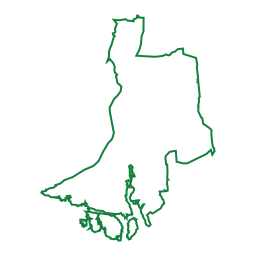 outline of Flekkefjord nor, Vest-Agder, Norway
{"feature_id": "86288312B20196044889227", "entity_name": "Flekkefjord nor", "entity_type": "district", "adm_level": 2, "iso_a3": "NOR", "parent_name": "Norway", "parent_adm1": "Vest-Agder", "projection": "albers", "projection_center": [6.638, 58.382], "detail": "fine", "context": "isolated", "style": "outline", "palette": "green", "viewbox_px": 256, "rotation_deg": 0, "n_neighbors": 0, "source": "geoboundaries", "source_scale": "gbopen_adm2", "svg_char_len": 5900}
<svg xmlns="http://www.w3.org/2000/svg" viewBox="0 0 256 256"><path d="M182.9,48.6L177.7,49.2L174.9,51.6L171.7,52.6L170.3,54.6L168.4,55.4L166.1,54.4L162.4,56.0L154.9,56.8L136.3,55.7L138.8,51.0L140.2,47.1L141.0,43.3L141.6,36.3L143.5,31.1L143.6,17.8L139.0,17.5L138.4,16.0L137.4,15.4L136.9,16.2L137.3,17.3L136.4,18.3L133.6,19.4L133.7,21.2L127.4,20.5L125.6,19.2L118.8,20.3L113.8,19.8L116.9,23.7L115.0,28.6L115.4,31.9L114.1,33.3L112.9,33.3L113.2,35.0L114.7,36.0L113.9,36.8L111.6,44.5L109.0,51.2L108.9,56.8L107.3,61.4L109.9,59.1L113.5,63.5L114.8,67.2L114.4,69.3L114.8,72.5L117.2,74.8L116.1,75.9L115.9,76.9L116.4,77.7L117.4,82.9L121.3,86.4L120.7,91.1L117.7,95.4L114.2,98.8L109.6,107.6L109.9,112.0L113.9,133.2L112.4,138.0L111.4,139.9L108.3,142.9L103.5,151.0L98.5,161.3L93.1,166.1L84.5,169.7L72.7,177.1L64.5,180.1L60.2,183.6L55.8,185.0L56.1,185.4L55.9,186.2L54.8,186.3L54.1,187.5L49.0,188.5L46.6,190.0L46.0,189.6L45.6,191.1L42.0,191.5L41.4,192.7L42.1,193.3L43.0,192.5L42.6,193.4L45.3,195.4L48.4,195.4L51.0,197.3L57.1,197.1L56.2,197.7L59.2,198.1L59.3,197.6L58.2,197.0L59.1,196.3L59.8,198.0L59.5,198.3L60.5,198.5L61.1,199.2L60.4,199.9L61.7,200.9L63.9,199.8L65.2,200.9L65.8,200.4L65.5,198.2L66.8,198.1L66.6,196.2L70.1,195.7L70.8,197.3L70.1,197.8L70.7,197.8L68.7,198.0L69.0,198.6L68.1,198.5L68.2,199.3L69.1,201.1L70.5,201.3L70.5,202.3L71.7,204.5L77.1,205.1L77.1,205.9L77.9,206.3L80.2,204.9L81.6,205.7L82.3,204.8L82.2,203.9L83.6,203.8L84.7,205.0L85.3,201.9L85.7,202.7L85.4,203.0L86.8,203.9L86.2,204.3L86.2,205.6L85.9,205.9L88.0,206.5L88.4,207.4L87.7,208.6L88.1,209.2L89.8,209.5L88.8,208.9L89.7,208.0L94.1,209.1L95.7,210.3L103.1,211.1L105.7,212.9L115.7,214.1L118.8,214.0L121.0,213.0L121.9,214.7L123.0,214.7L123.0,215.6L123.8,215.6L125.1,217.1L125.1,218.0L126.0,217.2L126.6,218.1L126.6,216.9L127.2,216.5L126.8,214.3L127.2,214.3L127.7,215.8L128.2,215.3L127.8,215.0L129.3,215.2L131.6,213.8L132.0,214.7L132.5,213.9L131.3,210.7L131.2,209.3L129.7,206.7L129.9,205.8L129.3,204.1L126.2,200.2L126.7,199.4L125.5,196.3L125.6,195.2L126.5,195.3L126.6,189.7L127.1,189.4L127.3,187.0L129.2,187.2L126.7,184.5L127.5,183.8L126.0,181.2L128.5,180.1L129.1,181.4L130.3,181.6L131.3,179.8L131.2,178.9L130.5,178.5L130.4,176.7L129.8,176.1L129.7,168.7L129.0,166.3L130.5,165.2L131.5,165.6L132.2,166.8L131.7,167.2L132.6,167.9L131.6,168.6L131.5,169.5L132.5,170.9L131.3,172.3L133.3,173.3L133.0,174.1L133.9,174.5L134.7,176.3L134.1,176.7L132.0,174.8L130.7,175.7L131.9,177.5L131.3,178.6L131.6,179.8L130.7,181.7L131.0,182.0L129.7,185.4L131.1,185.6L132.0,187.4L133.1,187.4L134.2,189.1L133.4,191.8L131.0,194.1L131.2,194.9L130.0,196.9L129.8,197.6L130.5,200.1L131.0,201.0L133.7,201.0L133.2,201.3L133.4,203.5L135.3,203.9L135.8,203.5L135.8,200.5L138.9,200.3L137.4,203.3L137.5,204.1L138.9,204.8L139.0,206.7L140.2,208.2L141.5,207.7L142.0,205.7L143.0,205.2L143.1,204.4L144.0,204.4L140.7,209.6L141.2,212.8L143.2,216.0L142.9,216.4L143.2,217.4L145.4,220.6L145.3,222.0L146.1,224.6L148.8,226.3L150.0,225.5L150.6,224.6L149.0,221.0L148.0,216.8L147.0,215.0L150.4,212.1L152.2,213.5L153.1,213.2L160.7,208.3L162.7,204.6L164.2,203.6L163.3,199.7L162.1,198.7L161.3,196.3L159.7,194.8L160.3,193.4L159.6,191.5L164.8,191.3L164.7,190.3L166.3,191.1L167.7,190.7L167.6,185.9L166.9,184.5L167.4,179.1L167.9,179.2L167.2,178.3L167.5,173.1L167.2,164.5L166.2,164.5L165.4,158.1L165.8,155.9L169.7,151.8L175.8,150.8L176.6,161.7L183.1,163.4L187.3,163.3L206.4,154.0L210.9,149.8L212.3,154.6L214.6,151.0L214.1,149.9L214.3,148.4L213.1,147.3L212.2,143.3L211.3,133.6L211.6,130.4L210.3,128.7L203.2,123.7L202.3,118.1L201.2,117.6L198.2,111.0L198.5,106.4L198.1,106.3L199.0,101.5L198.8,98.0L199.8,96.7L198.2,81.2L197.6,81.4L198.2,80.0L197.5,79.5L198.1,78.4L196.8,67.1L197.3,64.5L196.0,57.9L183.4,54.0L182.9,48.6ZM99.4,213.1L98.6,213.9L98.4,215.0L98.7,215.1L98.0,216.1L97.7,217.5L98.7,217.8L98.9,218.6L98.4,219.2L99.6,220.1L100.3,222.1L102.0,222.4L100.7,222.7L100.7,223.6L101.5,224.5L101.7,226.6L102.5,227.0L102.6,228.6L104.0,229.6L105.0,227.9L105.6,228.9L105.4,230.2L104.8,230.5L104.6,232.1L105.1,233.1L105.5,232.5L105.9,235.7L110.3,237.6L110.8,238.1L110.3,238.4L110.5,238.7L114.1,239.3L116.7,237.7L116.6,237.2L117.2,237.2L117.0,236.2L117.6,236.0L117.6,236.9L118.0,237.0L115.9,238.4L116.1,239.0L117.6,238.9L117.8,239.1L117.4,239.4L118.3,240.6L120.7,240.4L121.2,235.9L119.0,236.6L121.0,235.3L120.7,234.1L121.3,234.0L121.4,230.7L122.3,231.2L122.0,229.0L122.7,228.5L122.7,227.3L122.1,226.9L122.2,226.2L121.4,224.9L121.4,224.0L119.3,221.5L118.9,220.1L117.8,219.7L117.2,218.2L115.0,217.1L114.9,215.6L111.3,215.9L109.1,214.6L99.4,213.1ZM92.0,212.5L88.4,210.9L88.1,211.1L88.5,211.9L88.0,212.0L85.9,211.7L86.9,212.6L86.5,213.4L86.8,214.5L87.6,214.6L87.2,215.1L89.0,214.8L86.4,216.6L87.0,217.6L88.3,218.7L89.2,217.3L90.0,218.0L89.8,218.7L91.4,218.8L90.8,219.3L89.6,219.2L89.3,219.4L89.7,219.6L89.3,219.7L89.7,221.0L89.3,222.1L90.0,221.3L89.6,222.5L90.0,224.9L90.4,225.8L91.3,225.0L91.5,225.5L90.9,225.9L91.6,226.4L89.2,228.8L91.8,228.1L92.2,230.6L94.6,232.2L99.9,230.6L99.5,230.0L100.6,228.9L100.8,226.0L99.1,223.0L98.3,223.8L97.8,221.3L98.5,221.2L98.2,219.4L96.5,219.0L97.1,218.4L97.6,216.7L97.8,216.4L97.9,216.1L98.2,215.7L98.4,213.9L97.3,213.4L97.4,214.2L97.0,213.1L92.0,212.5ZM133.5,218.0L129.6,220.3L127.8,223.5L128.3,224.1L127.8,225.0L128.5,225.6L128.2,226.2L128.5,227.3L127.9,229.0L128.1,230.4L128.8,230.7L128.3,231.5L128.9,232.3L127.2,234.5L126.9,236.2L127.4,236.3L127.1,237.2L127.4,237.6L128.2,237.5L128.9,239.4L130.6,238.8L131.1,237.1L134.7,233.9L135.9,232.0L136.2,229.9L137.7,228.7L137.6,227.2L136.3,223.3L136.6,222.4L135.6,220.4L136.4,219.5L135.4,219.3L135.7,219.8L135.5,220.1L135.6,220.8L134.8,218.6L134.3,219.1L133.5,218.0ZM82.6,219.6L80.4,219.6L80.2,220.7L81.6,222.1L80.5,221.9L80.5,223.1L81.8,223.5L82.5,226.3L83.2,226.1L83.8,224.5L84.1,224.7L83.8,224.7L84.1,226.7L86.6,225.4L86.4,221.4L87.2,219.6L84.6,219.9L84.9,220.6L83.2,220.5L82.6,219.6Z" fill="none" stroke="#15803d" stroke-width="2"/></svg>